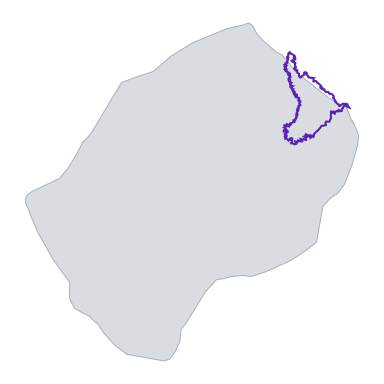 location of Mphokojoana, Mokhotlong, Lesotho
{"feature_id": "5366337B60583276922456", "entity_name": "Mphokojoana", "entity_type": "district", "adm_level": 2, "iso_a3": "LSO", "parent_name": "Lesotho", "parent_adm1": "Mokhotlong", "projection": "orthographic", "projection_center": [29.014, -29.041], "detail": "fine", "context": "in_parent", "style": "outline", "palette": "violet", "viewbox_px": 384, "rotation_deg": 0, "n_neighbors": 0, "source": "geoboundaries", "source_scale": "gbopen_adm2", "svg_char_len": 6810}
<svg xmlns="http://www.w3.org/2000/svg" viewBox="0 0 384 384"><path d="M265.4,271.9L252.7,276.0L250.9,276.4L242.7,275.5L231.8,276.5L223.3,278.7L216.6,279.6L205.8,291.3L186.4,322.7L181.2,329.3L179.8,341.7L175.3,351.4L169.8,359.1L164.4,361.0L148.0,358.1L127.0,354.4L114.7,345.1L103.6,332.8L97.8,323.8L91.7,318.9L89.6,316.2L81.0,312.1L77.8,310.0L74.9,308.5L71.4,302.6L69.3,297.4L69.9,282.8L63.7,274.2L53.1,259.6L46.4,247.6L37.2,231.2L31.4,217.1L25.5,202.5L26.1,196.2L31.5,191.8L47.4,184.2L59.7,178.3L68.4,167.7L77.9,151.9L82.5,142.5L87.1,138.1L92.2,131.5L101.1,116.7L110.9,100.2L121.5,82.6L135.0,77.4L153.5,71.4L171.3,55.9L192.4,42.9L226.7,28.7L242.8,25.1L248.9,23.0L252.7,25.7L256.8,33.7L262.7,40.4L276.3,52.0L282.0,54.8L296.0,72.0L311.0,83.9L328.2,97.5L339.9,104.3L345.8,106.2L350.7,118.3L355.7,127.3L358.5,135.7L357.9,143.9L352.4,163.9L344.5,184.3L338.2,192.8L330.5,198.2L322.9,206.3L320.0,222.7L316.6,242.0L306.8,249.9L299.2,255.1L288.7,261.5L265.4,271.9Z" fill="#d9dde1" stroke="#a8b0b8" stroke-width="1"/><path d="M302.5,140.8L301.9,139.9L301.1,139.6L300.7,139.0L301.8,139.2L302.4,139.5L303.8,138.9L305.5,140.1L306.1,140.0L306.0,138.3L306.2,137.2L305.8,137.0L304.4,136.9L304.0,136.6L305.7,136.0L305.4,135.0L305.9,134.2L306.3,134.5L306.5,135.8L307.4,136.7L307.7,136.4L307.2,135.8L308.0,135.2L308.3,135.5L308.1,135.8L307.8,135.6L307.8,135.9L308.7,136.3L309.2,135.6L309.9,135.1L310.1,135.4L309.6,135.8L309.5,136.6L309.8,137.0L310.1,136.3L310.6,136.2L310.6,137.8L311.8,136.9L311.8,135.7L313.1,136.2L313.5,136.8L314.0,135.9L313.7,134.7L314.1,134.2L314.1,133.8L315.2,133.0L316.5,131.4L317.5,130.9L320.3,127.7L321.2,126.2L322.2,125.6L323.6,125.8L324.1,125.3L325.4,125.3L326.0,125.0L325.4,122.7L326.1,121.6L327.4,121.5L327.9,121.8L329.6,121.5L329.9,120.3L331.1,118.2L330.7,116.0L331.0,114.1L330.9,112.4L331.4,112.1L331.1,111.5L331.4,111.4L331.7,111.9L331.8,112.6L331.9,112.2L332.5,112.4L332.6,111.9L333.0,111.7L333.3,113.1L334.0,113.2L334.8,113.7L334.9,113.3L334.5,113.3L334.4,112.8L333.9,112.5L333.9,112.2L334.4,112.1L334.8,111.7L336.6,111.5L336.6,110.9L336.8,110.8L337.2,110.8L337.9,111.3L338.3,111.1L338.6,110.4L339.2,111.2L339.8,110.4L340.9,111.1L341.5,111.2L341.8,111.0L341.7,110.1L342.1,109.5L342.1,108.9L342.7,108.4L342.6,108.1L343.1,107.8L343.2,107.1L343.5,107.0L344.3,105.5L345.1,105.4L346.5,106.0L346.9,106.5L348.6,107.5L349.3,107.7L347.6,105.3L347.5,104.4L346.8,103.9L342.8,103.7L342.1,104.3L341.3,104.6L340.0,106.0L339.2,106.0L338.8,104.8L337.3,103.8L335.3,101.7L335.7,101.3L335.6,100.7L334.7,99.9L334.4,99.1L333.5,98.5L333.0,97.6L333.9,96.8L333.7,95.9L332.7,95.1L332.3,94.3L331.3,93.7L329.8,94.0L328.9,93.2L329.0,92.9L328.3,91.9L325.7,92.0L324.8,91.0L324.5,89.8L324.0,89.8L324.3,89.4L323.2,88.9L322.8,88.4L322.5,88.4L322.4,88.8L321.9,89.0L320.5,88.2L320.3,86.7L320.8,86.2L321.3,86.3L321.0,85.7L318.4,83.5L318.3,83.2L317.2,82.9L317.0,82.0L316.1,81.4L316.0,81.1L315.0,81.0L314.0,81.6L313.3,81.2L313.7,79.7L313.1,78.8L313.8,78.1L313.0,78.1L311.8,77.6L311.4,77.7L311.1,78.1L309.7,77.4L308.6,77.5L308.1,76.9L308.3,76.3L308.1,75.9L306.8,74.7L306.8,73.0L305.4,72.1L304.4,72.5L304.5,72.6L304.3,72.8L304.2,73.5L304.7,74.0L304.5,74.7L303.6,74.7L303.3,75.4L301.9,75.9L301.5,77.0L301.0,77.5L300.2,77.5L299.7,77.2L299.0,76.1L299.1,73.7L297.5,72.9L297.4,72.7L297.6,72.2L296.7,71.2L297.4,70.5L297.1,70.0L295.2,69.9L294.1,68.7L294.7,67.6L295.9,67.6L296.0,67.2L294.9,65.9L295.2,65.2L294.9,64.2L295.3,63.2L294.9,63.1L295.0,62.7L293.9,62.4L294.0,61.7L292.8,61.9L291.9,61.4L291.6,60.7L292.8,60.1L293.5,59.4L294.2,59.6L295.4,59.3L295.3,58.5L293.7,57.5L294.0,56.5L294.9,56.6L294.7,55.9L293.1,54.6L290.6,53.7L290.5,52.8L290.0,52.2L289.7,52.2L289.3,52.4L289.1,53.0L288.3,53.4L288.2,54.2L288.4,54.7L288.3,54.8L288.3,55.3L287.9,55.9L288.2,56.5L288.1,57.1L288.5,57.7L288.0,57.9L287.4,57.5L287.5,56.7L287.1,56.8L287.2,58.5L287.5,59.0L287.4,59.6L287.6,60.0L288.0,59.7L288.2,59.9L287.4,61.0L287.3,62.0L286.9,61.7L286.6,62.0L286.7,62.5L287.3,62.6L287.3,62.8L286.8,63.2L285.4,63.3L285.2,64.0L286.0,64.1L286.1,64.4L284.7,64.7L285.1,65.1L286.3,65.5L286.0,65.8L285.2,65.4L284.6,66.1L285.7,66.5L285.0,67.1L285.3,67.8L286.0,67.0L286.1,67.5L285.9,68.1L284.6,68.6L284.4,69.0L284.7,69.2L285.4,69.0L286.1,69.2L286.0,69.5L285.2,70.0L285.5,70.2L286.1,70.1L285.6,70.9L286.6,71.5L286.8,71.0L287.0,71.1L287.7,71.9L287.2,72.2L287.3,72.6L288.2,72.7L287.8,73.2L288.0,73.4L289.3,73.1L289.9,73.5L289.8,74.2L288.4,74.9L288.9,75.4L289.7,75.0L290.1,75.0L290.3,75.5L289.4,76.4L289.6,77.0L290.1,77.2L289.1,77.8L289.0,78.4L288.4,78.7L288.6,79.9L289.2,79.9L289.2,80.7L289.5,80.4L289.7,79.7L290.2,79.6L290.2,80.4L289.5,80.8L289.5,81.3L289.8,81.7L291.6,82.6L291.4,82.9L290.4,83.1L289.9,83.8L290.0,84.2L290.8,84.6L290.6,85.2L291.1,85.3L291.7,85.9L292.7,86.1L291.5,86.8L290.4,86.3L290.2,86.8L291.8,87.7L292.1,88.2L291.5,88.6L291.6,88.9L292.5,89.3L293.2,89.2L292.5,90.8L292.8,91.1L293.5,91.0L293.4,92.2L293.8,92.1L294.2,91.5L294.6,91.6L294.9,93.4L294.5,93.8L294.0,93.8L294.0,94.4L294.4,94.6L295.2,94.2L296.2,95.4L296.6,95.2L296.6,94.5L297.0,94.7L297.0,95.1L295.9,96.1L295.3,96.2L295.7,97.2L296.4,97.4L297.2,96.8L298.3,98.0L299.1,98.1L299.0,99.0L298.7,99.4L299.3,99.6L299.4,99.9L299.2,100.4L298.5,100.8L298.9,101.2L299.8,101.1L300.0,101.7L300.4,101.5L300.5,101.7L300.3,102.4L299.2,103.4L299.6,104.4L300.5,105.1L300.4,105.3L299.5,105.4L299.0,106.4L298.4,106.1L298.2,106.2L298.3,106.8L298.7,107.4L297.9,108.4L298.7,108.4L298.7,108.8L297.6,108.8L297.8,109.6L297.2,110.2L297.9,110.7L297.3,111.0L297.7,111.6L296.8,112.6L297.3,113.7L296.7,113.7L297.0,114.5L296.2,114.9L297.2,115.9L296.0,116.8L296.0,117.2L296.5,118.0L296.1,118.6L295.3,118.8L295.5,119.7L294.7,120.5L294.1,120.4L294.7,121.4L294.7,121.9L293.9,122.1L293.1,121.7L293.0,122.4L292.1,122.7L291.5,123.3L291.1,123.2L290.8,124.7L290.6,124.9L290.3,124.3L290.5,123.5L290.1,123.4L289.6,123.8L289.6,124.8L288.3,125.1L289.0,125.8L288.9,126.4L287.0,124.9L286.8,124.2L286.4,124.5L286.9,125.6L286.7,126.4L285.4,125.7L285.4,125.2L284.3,125.3L284.8,127.2L284.2,127.5L285.0,127.9L286.4,129.5L286.7,130.2L286.4,130.3L287.3,130.7L287.1,131.0L286.2,130.5L285.4,130.6L285.3,129.3L284.7,129.2L283.8,130.2L283.7,131.5L284.2,131.4L284.7,130.7L285.1,131.0L285.7,132.2L286.0,132.1L286.9,131.3L287.3,131.4L287.8,132.1L285.5,133.0L284.6,134.1L285.0,135.2L285.3,135.1L285.6,134.0L286.2,134.0L286.8,136.1L286.3,136.8L285.4,137.1L285.9,137.5L285.0,137.3L285.3,138.9L286.1,138.6L286.8,138.7L288.5,140.7L288.9,140.4L289.6,138.8L291.3,138.0L292.4,138.5L292.4,138.8L292.1,139.0L290.7,139.0L290.4,139.4L290.9,140.2L291.9,140.6L292.4,141.3L291.7,142.6L290.9,143.1L291.0,143.4L293.2,143.5L294.3,144.3L295.2,143.7L295.7,144.1L296.3,143.9L296.8,142.8L295.4,142.0L295.3,141.4L297.1,142.3L297.6,141.7L297.6,140.9L297.9,140.3L298.6,140.5L299.1,141.3L300.1,140.7L301.0,141.6L302.2,141.4L302.5,140.8Z" fill="none" stroke="#5b21b6" stroke-width="2"/></svg>